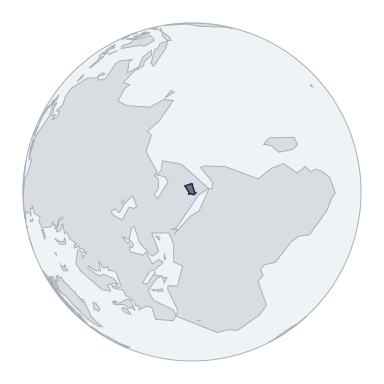 the Earth from above Najran, rotated 245°
{"feature_id": "SAU-1096", "entity_name": "Najran", "entity_type": "Region", "adm_level": 1, "iso_a3": "SAU", "parent_name": "Saudi Arabia", "parent_adm1": "", "projection": "orthographic", "projection_center": [44.686, 18.237], "detail": "fine", "context": "on_globe", "style": "filled", "palette": "slate", "viewbox_px": 384, "rotation_deg": 245, "n_neighbors": 0, "source": "natural_earth", "source_scale": "10m", "svg_char_len": 10645}
<svg xmlns="http://www.w3.org/2000/svg" viewBox="0 0 384 384"><g transform="rotate(245 192 192)"><circle cx="192" cy="192" r="169" fill="#eef3f6" stroke="#a8b0b8"/><path d="M219.8,25.3L211.6,24.2L207.7,23.8L219.8,25.3ZM155.5,27.0L154.3,27.3L150.8,28.1L152.3,27.9L155.9,27.1L157.8,26.8L157.0,27.2L152.4,28.1L152.1,28.1L150.3,28.5L148.3,28.9L148.9,28.9L143.4,30.3L147.6,29.6L142.2,31.2L138.9,32.1L140.9,31.1L139.7,31.3L155.5,27.0ZM118.9,39.7L120.1,39.2L126.0,36.6L123.3,38.0L117.5,41.0L112.4,43.4L109.7,45.0L113.1,43.9L102.2,50.1L92.6,57.7L90.0,59.5L87.5,60.0L91.1,56.5L90.2,57.2L104.1,47.7L118.9,39.7ZM88.0,58.8L81.6,64.1L79.8,65.8L79.1,66.5L80.8,65.2L78.2,67.5L77.2,68.0L79.6,65.8L79.9,65.6L88.0,58.8ZM23.2,198.2L24.0,205.0L26.4,216.5L27.7,226.3L28.5,234.2L31.1,243.4L27.1,228.6L24.4,213.5L23.2,198.2ZM127.1,36.0L126.5,36.3L125.7,36.6L127.1,36.0ZM130.2,34.8L129.6,35.0L131.0,34.4L131.3,34.3L130.2,34.8ZM136.2,32.5L139.3,31.6L130.6,34.8L133.5,33.5L134.3,33.2L136.2,32.5ZM238.6,29.6L239.0,29.7L241.5,30.5L242.0,30.6L234.7,28.7L238.6,29.6ZM157.4,26.7L153.5,27.6L157.5,26.6L157.4,26.7ZM170.1,24.5L169.9,24.5L177.3,23.7L175.3,24.0L170.8,24.6L167.7,24.9L169.3,24.9L159.4,26.3L163.7,25.4L170.1,24.5ZM230.0,27.8L229.5,27.8L228.5,27.5L230.0,27.8ZM158.8,26.7L160.3,26.3L165.0,25.6L163.0,26.3L162.1,26.2L158.8,26.7ZM182.1,23.3L183.4,23.3L182.6,23.4L183.7,23.4L175.7,24.0L179.6,23.5L182.1,23.3ZM160.6,26.6L161.8,26.7L158.9,27.4L157.8,27.1L160.6,26.6ZM167.0,25.2L169.1,24.9L167.3,25.2L167.0,25.2ZM149.2,30.7L150.8,29.9L153.4,29.4L149.2,30.7ZM162.5,26.7L163.5,26.5L164.7,26.3L164.8,26.6L162.5,26.7ZM175.7,24.2L174.7,24.5L179.0,24.0L178.5,24.4L173.3,24.8L175.4,24.7L175.2,24.9L171.1,25.1L175.7,24.2ZM168.6,26.4L161.7,27.5L158.2,28.9L155.8,29.3L161.9,27.0L168.6,26.4ZM170.4,25.6L168.7,26.1L166.6,26.2L166.4,25.9L170.4,25.6ZM180.2,24.6L182.2,23.9L183.3,23.8L180.2,24.6ZM168.0,26.7L169.7,26.5L168.0,26.8L168.0,26.7ZM176.9,25.1L177.5,24.8L178.7,24.8L176.9,25.1ZM172.5,26.4L170.3,26.6L170.1,26.4L172.5,26.4ZM174.9,25.8L176.4,25.8L171.4,26.1L174.9,25.6L174.9,25.8ZM178.0,25.1L178.9,25.0L177.5,25.3L178.0,25.1ZM174.5,27.5L168.2,27.9L167.8,27.2L174.0,26.8L174.5,27.5ZM243.0,30.9L245.2,31.6L245.7,31.8L261.7,38.1L266.3,40.4L271.0,42.8L271.5,43.0L278.3,46.8L290.5,54.8L278.3,47.3L259.6,37.5L267.0,41.1L264.6,40.2L266.9,41.6L272.2,44.5L273.2,44.8L278.2,50.8L289.6,60.7L290.4,59.1L294.8,61.4L308.5,73.7L320.9,94.4L326.8,99.8L329.6,104.0L330.0,107.6L325.9,101.4L322.9,100.2L320.5,96.5L319.8,100.9L316.3,95.8L317.4,102.3L321.1,105.8L323.0,103.4L325.5,111.8L332.2,117.6L337.1,126.6L339.5,145.6L335.8,153.4L336.5,156.6L332.9,154.3L331.3,161.7L340.5,176.8L341.4,181.8L337.4,193.8L336.7,190.1L327.3,184.0L327.8,196.5L335.0,204.2L337.6,215.2L333.1,213.3L330.2,203.8L326.8,201.3L326.1,190.6L320.2,176.1L315.5,180.7L314.3,174.4L305.4,163.3L297.8,169.6L286.7,189.4L287.7,205.7L282.8,213.8L270.4,192.3L265.7,177.1L260.7,179.3L248.4,167.5L225.5,168.8L222.8,164.8L218.3,167.1L209.8,163.4L205.8,156.9L200.4,157.6L211.1,174.6L217.0,174.0L222.6,167.0L224.4,173.2L232.8,178.3L221.7,194.1L188.5,208.5L186.3,196.3L166.0,162.5L167.1,158.8L167.1,158.3L166.9,157.6L164.0,163.5L160.9,156.9L170.7,180.5L171.9,190.5L188.1,209.2L186.3,211.1L191.8,214.9L210.5,210.0L210.4,214.0L201.0,232.9L175.9,257.5L179.8,273.8L179.0,287.1L164.7,295.3L167.3,305.2L160.1,308.2L160.5,313.6L155.5,318.8L146.6,323.1L130.0,321.3L127.9,316.5L118.0,306.1L103.7,280.5L106.8,269.8L104.8,260.5L93.0,237.9L95.5,226.7L92.6,221.2L86.4,221.2L83.2,214.5L79.6,213.6L58.1,211.8L52.3,201.9L47.3,175.0L51.8,166.6L54.0,155.5L86.0,125.4L91.2,129.1L114.6,129.0L117.3,130.9L112.8,139.0L128.9,152.3L136.2,145.8L152.6,153.3L164.6,153.9L171.9,138.2L152.3,136.7L150.6,128.7L167.7,123.1L185.1,125.1L185.0,122.1L175.4,114.9L180.9,109.8L172.3,112.1L174.7,115.2L169.4,116.9L166.8,114.2L168.9,112.4L164.0,110.7L155.6,120.7L157.1,125.0L143.6,125.7L144.8,133.1L140.6,136.2L136.9,124.8L138.4,120.9L130.3,108.5L127.5,112.5L135.0,124.7L132.0,123.5L128.3,129.8L128.8,124.1L121.3,110.4L110.1,111.3L93.2,125.2L87.1,125.3L83.2,120.8L92.0,105.2L104.5,106.9L107.8,102.1L107.5,94.2L111.3,95.7L112.7,92.9L117.6,93.5L126.8,88.0L132.2,88.2L137.9,80.4L141.4,79.7L137.0,84.3L136.8,88.0L150.4,89.3L153.7,87.9L156.3,83.0L159.7,84.3L160.5,79.4L169.3,78.4L159.2,75.8L162.0,70.7L168.5,67.4L167.6,65.5L157.1,70.9L154.5,73.7L155.2,76.6L146.6,84.6L141.5,85.5L143.6,76.0L136.6,76.5L141.3,69.5L166.9,57.8L176.5,56.5L187.9,64.0L184.5,66.8L178.6,65.2L182.1,71.0L182.7,68.4L185.5,69.8L188.9,65.9L191.1,66.8L190.7,61.9L193.7,62.5L193.9,65.6L201.6,61.2L208.5,61.8L209.1,60.5L207.9,58.9L217.5,61.2L217.5,60.1L214.4,58.9L212.6,56.2L213.0,52.5L216.3,53.4L216.6,54.9L222.1,59.8L222.4,64.0L223.8,64.1L224.3,60.7L217.6,54.7L216.9,52.2L220.7,54.7L219.2,53.6L219.9,52.7L223.7,52.9L219.8,50.1L223.1,40.9L230.7,40.9L233.6,43.8L239.4,40.1L247.5,41.5L244.6,40.2L245.4,38.3L242.9,37.8L241.6,37.1L242.5,33.3L245.2,33.5L242.4,31.5L240.9,31.0L238.7,30.6L234.7,28.7L242.0,30.6L243.0,30.9ZM73.2,142.2L71.9,145.4L71.9,145.5L73.2,142.2ZM202.5,135.9L213.6,136.6L210.3,126.6L214.3,126.1L211.7,123.1L210.0,125.9L203.9,117.6L209.3,114.8L208.8,110.7L205.0,110.3L196.2,116.9L204.8,128.5L201.6,132.5L202.5,135.9ZM81.7,64.0L80.5,65.2L80.0,65.5L81.7,64.0ZM81.3,66.6L77.1,70.4L79.8,67.7L78.3,68.5L82.1,64.3L88.9,60.2L85.2,62.6L81.3,66.6ZM89.1,58.2L85.9,60.9L89.2,58.1L89.1,58.2ZM115.6,78.8L116.6,80.8L113.6,83.7L106.8,84.8L111.0,80.5L115.6,78.8ZM118.6,83.2L122.6,74.1L127.0,73.5L123.8,75.3L126.3,75.8L122.0,78.9L122.2,87.7L119.6,90.9L108.5,90.3L113.6,88.6L112.4,86.5L118.6,83.2ZM125.1,56.4L126.9,53.7L134.0,55.7L131.5,58.1L124.6,59.0L123.5,56.7L125.1,56.4ZM135.8,33.7L136.0,33.4L137.3,33.0L138.2,33.0L135.8,33.7ZM149.7,30.3L136.2,35.1L135.8,34.8L128.4,38.5L124.3,39.4L129.3,36.9L120.6,40.7L123.4,38.8L117.7,41.5L129.1,35.8L131.3,34.6L130.4,35.5L134.0,34.6L136.3,33.9L144.3,31.1L150.8,28.6L155.5,27.8L157.0,27.9L156.2,28.3L153.4,28.6L154.2,29.0L149.6,29.9L149.7,30.3ZM172.5,35.6L169.7,34.7L170.6,37.7L165.9,37.7L166.3,38.1L162.3,39.1L158.1,41.0L156.2,40.8L155.4,41.7L152.7,42.5L150.9,43.8L146.9,43.9L144.4,45.5L144.0,44.7L140.7,47.6L141.4,45.6L137.9,46.8L139.1,48.1L122.1,48.1L114.5,50.5L107.8,53.8L109.8,50.5L117.4,45.6L127.2,41.0L134.3,39.5L133.9,38.6L137.2,37.7L136.1,38.8L139.7,36.6L142.1,36.3L150.9,33.6L154.6,31.2L157.9,30.4L157.6,31.2L161.1,29.9L162.9,30.9L165.2,30.4L169.4,31.2L167.5,33.3L170.3,32.7L173.6,33.6L172.5,35.6ZM175.5,27.7L174.3,29.8L171.2,30.9L165.3,29.2L162.9,29.5L159.0,28.9L163.7,27.4L164.3,27.6L166.1,27.5L163.9,28.0L167.0,27.6L168.0,28.0L170.6,27.9L169.5,28.5L175.5,27.7ZM121.3,128.2L123.6,128.8L127.3,129.0L125.0,133.2L121.3,128.2ZM116.0,118.9L118.2,118.7L116.8,124.2L114.5,123.7L116.0,118.9ZM120.6,114.1L118.5,118.2L118.2,115.7L120.6,114.1ZM139.2,84.0L141.6,83.7L141.4,84.9L139.5,86.5L139.2,84.0ZM174.2,46.5L173.0,45.3L174.0,44.9L174.9,42.0L178.4,42.0L179.3,43.8L174.2,46.5ZM167.9,140.7L163.8,143.6L162.2,142.0L164.0,141.3L167.9,140.7ZM142.9,138.4L148.0,141.0L142.2,139.6L142.9,138.4ZM178.1,46.0L178.1,44.7L179.9,45.6L178.1,46.0ZM181.0,42.0L183.3,42.7L179.0,41.7L181.0,42.0ZM237.9,344.3L239.2,345.2L236.5,345.7L237.9,344.3ZM208.4,284.9L198.4,307.6L190.3,307.7L188.1,301.3L191.3,287.6L200.6,283.5L205.0,277.0L208.4,284.9ZM352.4,232.8L353.5,232.3L353.4,233.1L352.4,232.8ZM351.3,231.4L352.9,230.3L350.7,233.3L351.3,231.4ZM353.5,229.9L355.0,227.1L355.8,225.3L355.4,226.9L353.5,229.9ZM350.1,232.4L341.9,237.0L338.3,236.9L339.5,233.7L345.5,231.4L350.1,232.4ZM339.2,233.8L333.1,228.8L322.0,210.1L326.0,209.2L337.1,218.8L336.4,221.4L340.2,225.8L339.2,233.8ZM352.5,212.6L351.8,220.0L347.7,222.0L345.6,222.1L344.2,213.8L345.0,208.7L346.8,207.9L351.9,188.5L354.1,190.9L353.0,198.7L354.6,203.8L352.5,212.6ZM288.6,207.1L292.9,215.9L290.0,218.0L288.6,207.1ZM352.4,176.1L351.4,184.4L351.9,173.9L352.4,176.1ZM351.8,166.7L352.6,170.1L351.2,167.4L351.8,166.7ZM337.8,161.3L336.0,163.1L335.2,160.7L337.1,157.0L337.8,161.3ZM340.7,134.3L343.5,141.2L344.1,143.8L341.9,140.1L340.7,134.3ZM208.0,47.7L202.9,51.4L201.5,54.8L204.4,57.5L198.1,55.6L200.3,50.3L208.0,47.7ZM220.9,41.5L218.3,39.6L220.8,39.7L221.8,40.2L220.9,41.5ZM218.3,40.8L212.6,39.9L212.0,38.4L216.7,39.4L218.3,40.8ZM195.3,42.1L193.5,43.1L192.1,42.3L195.3,42.1ZM328.1,292.1L324.5,296.6L323.6,296.9L327.3,292.0L333.3,279.9L333.9,279.7L337.8,270.8L346.5,258.0L353.8,239.5L354.6,238.0L354.6,237.9L350.9,249.4L346.4,260.7L341.0,271.6L334.9,282.1L328.1,292.1ZM355.1,230.7L357.2,223.5L357.8,222.1L355.1,230.7ZM360.5,205.0L360.6,202.4L360.8,199.1L360.5,198.5L360.9,194.8L360.9,196.0L360.5,205.0ZM359.2,207.8L359.0,209.8L358.8,208.9L359.2,207.8ZM359.7,206.0L360.2,206.3L359.5,207.7L359.7,206.0ZM355.6,204.6L356.1,208.5L357.6,204.1L356.4,209.4L357.0,215.6L356.4,218.7L356.0,211.9L355.0,220.4L354.2,221.0L354.3,214.3L355.3,205.1L356.0,200.9L358.6,196.7L355.6,204.6ZM359.8,200.6L359.6,195.9L359.7,192.1L360.0,194.4L359.8,200.6ZM358.0,184.9L356.3,180.2L355.5,183.5L356.3,173.2L357.9,179.4L358.0,184.9ZM355.4,173.0L354.7,176.0L354.9,170.3L355.4,173.0ZM354.1,174.3L353.2,170.4L354.2,170.2L354.1,174.3ZM355.9,172.7L354.7,165.7L355.8,169.3L355.9,172.7ZM350.8,161.8L354.1,166.7L351.1,166.0L347.5,153.2L348.5,151.9L350.8,161.8ZM334.1,106.6L331.9,103.5L331.8,102.0L333.4,104.5L334.1,106.6ZM329.5,95.4L331.1,100.6L332.0,105.4L333.3,106.3L336.4,112.4L332.6,108.0L329.6,100.5L329.5,98.0L326.3,93.2L324.3,89.3L319.8,84.0L317.9,81.3L321.9,85.5L329.5,95.4ZM317.9,81.9L309.4,72.7L310.7,72.8L312.8,74.8L316.2,78.8L315.3,78.5L317.9,81.9ZM307.7,70.7L306.7,70.5L292.2,59.5L289.5,57.3L301.2,64.9L301.0,65.2L304.3,68.1L307.7,70.7ZM231.3,28.3L229.7,27.9L231.0,28.1L231.3,28.3ZM240.2,36.9L238.6,36.0L240.2,36.0L240.2,36.9ZM235.1,33.6L234.4,34.2L233.8,33.2L235.1,33.6ZM233.0,35.7L233.4,34.2L234.9,36.3L233.0,35.7Z" fill="#d9dde1" stroke="#a8b0b8" stroke-width="1"/><path d="M199.7,195.3L199.4,195.5L199.1,195.7L199.0,195.8L198.9,195.8L198.5,195.8L198.4,195.7L198.2,195.4L198.0,195.1L197.8,194.9L197.7,194.8L197.1,194.9L196.6,195.0L195.9,194.9L195.4,194.9L194.7,194.8L194.1,194.7L193.5,194.4L193.3,194.4L192.9,194.4L192.5,194.4L191.9,194.4L191.6,194.5L191.4,194.4L191.2,194.4L190.9,194.4L190.7,194.5L190.4,194.5L190.2,194.6L189.9,194.7L189.8,194.8L189.8,194.7L189.7,194.6L189.4,194.6L189.2,194.5L189.1,194.3L189.1,194.0L189.1,193.8L189.1,193.6L189.1,193.4L189.2,192.7L189.1,192.3L189.1,192.2L189.1,191.9L189.7,191.4L190.0,191.1L190.1,190.9L190.2,190.7L190.3,190.7L190.6,190.5L190.8,190.4L191.0,190.3L191.1,190.2L191.2,189.9L191.2,189.6L191.1,189.3L191.1,189.2L191.2,188.9L191.4,188.8L191.5,188.8L191.5,188.7L191.5,188.2L192.3,188.7L192.5,188.8L192.9,188.9L193.6,189.0L200.1,188.2L200.5,188.1L199.7,195.3L199.7,195.3Z" fill="#64748b" stroke="#1e293b" stroke-width="1.5"/></g></svg>